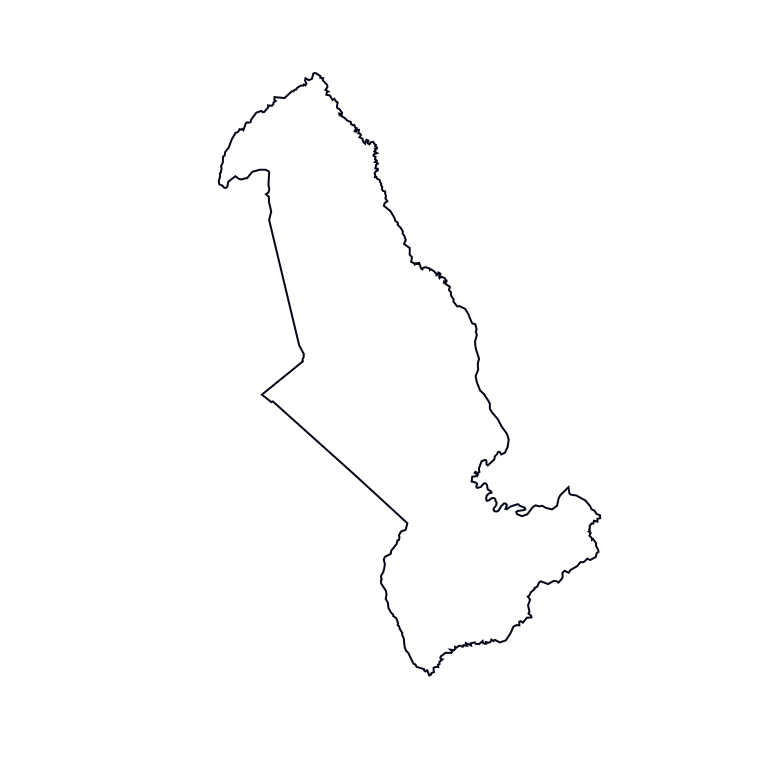 the district of Alto Araguaia, Mato Grosso, Brazil, rotated 309°
{"feature_id": "56859067B16833881564042", "entity_name": "Alto Araguaia", "entity_type": "district", "adm_level": 2, "iso_a3": "BRA", "parent_name": "Brazil", "parent_adm1": "Mato Grosso", "projection": "albers", "projection_center": [-53.413, -17.424], "detail": "fine", "context": "isolated", "style": "outline", "palette": "ink", "viewbox_px": 768, "rotation_deg": 309, "n_neighbors": 0, "source": "geoboundaries", "source_scale": "gbopen_adm2", "svg_char_len": 6167}
<svg xmlns="http://www.w3.org/2000/svg" viewBox="0 0 768 768"><g transform="rotate(309 384 384)"><path d="M415.7,636.4L417.9,634.6L416.8,630.9L418.0,627.1L417.2,624.0L418.7,621.4L420.2,614.0L418.4,603.6L415.6,598.9L415.6,597.0L419.9,592.3L408.4,591.0L405.0,591.7L398.3,595.1L392.3,593.5L389.6,587.7L388.9,583.5L386.6,581.6L385.1,578.2L381.8,577.1L373.0,577.4L368.2,574.5L366.8,570.2L366.8,568.5L367.8,567.3L369.2,567.6L374.8,572.7L376.0,572.4L376.3,571.0L374.7,565.7L375.1,564.3L374.3,563.2L368.4,559.4L364.0,558.2L363.3,557.0L367.2,555.7L367.7,554.0L366.7,552.4L362.6,552.0L357.8,552.8L355.7,551.7L354.6,549.8L355.5,547.8L360.7,547.4L362.9,546.0L363.1,544.5L364.7,542.8L364.5,541.2L363.0,539.5L359.6,538.8L357.9,537.3L359.2,535.4L361.9,534.1L365.0,534.4L367.2,536.0L367.9,534.9L367.4,530.9L370.6,527.2L370.5,524.9L369.4,524.2L364.8,524.0L361.9,521.8L362.3,520.3L365.1,519.2L365.1,517.3L363.4,513.5L367.5,510.9L370.9,514.3L372.5,514.1L371.9,510.4L373.3,510.3L373.7,512.8L375.5,513.6L378.0,511.0L385.3,508.4L388.8,510.4L388.8,511.8L386.1,514.3L386.1,515.9L394.7,517.2L397.6,515.7L400.8,516.0L402.8,515.4L404.1,516.6L403.0,519.5L406.7,521.2L412.9,519.7L419.3,515.9L422.6,510.9L425.0,502.1L428.2,494.8L430.0,485.5L431.5,481.7L435.2,478.8L436.4,476.2L439.1,468.0L439.4,462.9L443.8,455.0L447.7,450.3L454.5,448.1L458.8,444.1L463.5,441.9L468.9,433.6L472.1,430.0L474.5,427.9L480.4,425.4L482.5,422.4L484.6,421.7L487.9,417.4L486.7,414.6L487.1,413.3L491.5,405.3L493.4,399.8L492.1,393.7L490.4,392.1L491.7,386.1L493.5,385.1L494.9,380.5L497.4,378.2L497.9,375.3L501.0,374.1L500.3,366.9L501.6,366.2L502.4,368.2L503.8,367.5L503.6,366.2L504.5,364.6L503.4,360.9L501.2,360.6L502.0,359.4L505.2,358.5L504.9,356.2L502.9,357.0L501.6,356.3L502.6,355.5L503.1,352.0L502.7,348.4L501.5,348.0L502.5,347.0L501.1,343.0L498.7,341.2L497.2,341.7L497.0,340.3L500.0,335.5L498.7,335.2L497.9,334.1L499.1,334.0L497.7,332.6L496.2,332.7L496.7,331.1L496.0,328.3L500.2,325.9L500.6,322.7L505.9,318.4L505.4,311.4L509.6,310.3L512.0,306.5L512.6,303.8L514.2,302.9L515.8,299.0L516.4,294.3L518.0,293.4L517.9,290.1L519.7,287.5L522.4,280.2L522.4,271.8L525.1,270.6L528.1,271.6L529.0,268.4L531.6,267.0L532.3,265.5L534.4,263.7L533.5,261.9L533.8,260.2L536.2,258.4L536.6,256.6L538.2,255.5L538.4,253.9L539.8,252.3L539.2,248.9L540.1,247.8L539.0,246.7L540.9,245.7L541.9,244.0L544.9,243.9L546.1,244.8L547.3,243.6L546.1,241.6L549.6,239.9L551.4,240.6L551.8,239.3L550.9,237.3L553.1,237.7L553.0,235.5L555.1,234.6L554.8,232.0L556.3,231.6L559.1,233.3L558.6,230.2L560.3,230.3L561.0,229.0L562.5,230.4L563.5,229.4L563.0,227.6L564.7,227.3L564.4,225.8L565.4,223.2L563.1,221.4L561.2,221.9L560.9,220.5L561.3,219.1L563.3,218.7L563.0,216.8L561.7,216.6L558.9,218.2L558.8,216.9L559.7,214.4L561.1,213.1L560.3,209.7L563.0,209.4L563.5,208.1L562.7,206.3L565.7,204.6L564.5,203.1L565.7,201.7L565.1,200.2L566.7,197.8L565.5,196.9L565.3,194.8L566.7,193.4L565.6,189.6L566.0,185.9L565.0,180.0L566.0,179.0L566.9,181.5L568.4,180.8L569.6,176.2L569.0,174.3L570.0,172.8L573.7,170.8L573.3,169.3L574.4,165.9L572.4,165.3L574.1,160.4L572.5,157.3L575.1,155.8L576.2,156.6L575.7,153.4L578.7,153.3L579.8,152.6L580.7,151.5L581.4,146.0L581.9,144.7L583.3,144.3L581.9,141.7L583.3,140.9L582.7,135.9L582.3,134.6L580.8,133.7L575.8,135.9L572.8,134.4L572.2,130.6L570.0,131.8L568.6,134.7L566.5,134.9L566.4,133.3L564.9,133.4L563.9,131.8L562.1,131.0L559.1,130.1L557.6,130.5L556.3,129.3L554.5,129.5L553.6,128.2L543.6,126.7L538.1,118.4L535.9,119.8L535.8,121.7L533.2,120.9L531.7,122.0L529.6,121.7L527.6,118.6L526.5,119.9L520.0,119.7L518.9,118.8L519.1,116.9L514.5,114.0L505.7,114.4L504.0,115.5L502.2,114.7L501.2,112.9L499.5,112.6L492.8,115.0L493.0,113.3L491.7,112.9L491.2,111.4L488.1,112.0L485.8,110.6L478.4,111.7L470.2,114.5L464.3,114.6L461.4,116.3L459.2,115.9L454.5,119.5L450.8,120.2L449.6,121.9L445.8,124.1L444.5,123.9L442.0,126.1L437.6,127.9L435.5,130.4L436.4,133.3L436.0,136.3L436.7,137.6L438.8,138.1L443.1,135.7L451.9,137.7L452.2,142.4L453.0,144.2L458.1,148.1L466.0,148.1L472.3,152.6L475.9,157.0L476.7,160.2L476.3,161.5L466.0,168.9L463.2,172.3L460.0,173.7L457.2,172.8L457.1,176.6L453.1,180.0L447.1,187.8L439.2,191.5L360.7,293.7L356.9,302.7L354.4,304.6L351.5,305.4L350.6,306.7L298.9,295.8L299.0,307.8L300.5,308.5L295.0,417.8L290.5,489.8L284.2,492.6L280.6,490.3L278.6,490.3L275.8,490.8L274.4,492.6L272.1,493.8L271.0,492.9L267.5,494.5L259.1,494.5L256.2,496.1L250.3,493.5L247.4,494.3L244.7,497.9L240.7,500.3L237.1,501.9L233.9,502.2L232.0,503.2L230.9,505.1L229.2,505.4L227.1,507.5L224.4,515.8L221.8,518.6L218.0,520.6L216.4,524.9L212.8,528.3L210.9,533.0L210.4,536.5L209.4,537.4L209.8,540.8L206.8,545.7L205.2,546.4L205.3,548.0L203.5,550.6L202.0,554.9L200.4,556.1L198.8,559.4L192.8,565.3L190.6,568.9L190.3,572.1L185.2,582.9L185.8,584.9L184.7,587.3L187.6,594.6L186.7,595.5L186.7,597.1L188.7,597.8L186.0,602.6L187.6,603.4L189.2,602.8L191.4,604.1L194.4,601.2L196.4,601.9L198.3,604.3L199.8,602.6L201.2,603.4L203.0,601.9L206.7,602.7L206.1,601.5L206.5,600.2L208.2,599.6L213.9,601.0L217.4,605.6L219.1,605.5L219.3,602.8L221.4,606.1L223.3,605.8L224.4,604.7L224.8,606.3L227.4,606.8L228.6,608.0L229.3,610.5L231.0,610.1L232.6,613.0L233.0,611.5L234.2,610.6L235.6,616.2L236.9,614.5L240.3,617.1L239.8,618.9L241.7,621.5L246.3,622.4L245.1,623.7L245.4,625.6L246.6,626.9L247.6,625.6L248.9,628.2L251.1,629.1L252.9,628.3L253.2,631.0L254.9,631.1L256.0,636.5L261.3,640.0L269.6,639.2L277.0,637.3L280.0,638.7L281.6,641.1L284.4,638.7L285.6,639.3L285.9,642.1L292.3,642.1L295.3,645.5L296.4,644.5L296.6,640.7L298.5,640.4L302.7,635.2L308.3,633.3L309.4,629.5L310.8,630.0L314.8,629.2L319.2,630.1L320.1,629.3L322.8,630.6L327.8,629.4L329.4,630.1L331.7,637.4L337.6,639.7L339.3,642.2L339.5,644.6L344.7,644.8L346.6,644.2L349.5,641.5L352.5,641.9L353.5,646.3L356.9,646.0L364.2,648.8L369.0,648.7L371.3,651.3L376.1,651.9L377.0,655.0L382.8,657.4L386.6,655.7L388.3,656.4L389.5,655.4L391.9,650.3L393.6,649.2L395.1,644.2L393.8,643.7L394.9,642.9L395.4,639.1L398.3,638.3L398.2,636.0L399.5,636.4L400.0,635.0L401.7,634.7L403.0,633.1L404.7,633.1L406.4,633.2L407.3,634.5L409.9,633.2L411.3,636.5L413.5,634.7L415.7,636.4ZM564.5,203.1L562.3,203.5L562.0,202.0L563.6,201.8L564.5,203.1Z" fill="none" stroke="#020617" stroke-width="2"/></g></svg>